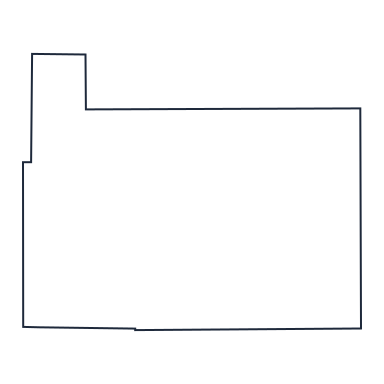 Rio Grande, Colorado, United States of America
{"feature_id": "52423323B79195844352338", "entity_name": "Rio Grande", "entity_type": "district", "adm_level": 2, "iso_a3": "USA", "parent_name": "United States of America", "parent_adm1": "Colorado", "projection": "albers", "projection_center": [-106.533, 37.617], "detail": "fine", "context": "isolated", "style": "outline", "palette": "slate", "viewbox_px": 384, "rotation_deg": 0, "n_neighbors": 0, "source": "geoboundaries", "source_scale": "gbopen_adm2", "svg_char_len": 261}
<svg xmlns="http://www.w3.org/2000/svg" viewBox="0 0 384 384"><path d="M39.5,327.3L135.2,328.6L135.2,330.1L361.0,328.5L360.3,108.4L85.9,109.4L85.5,54.5L32.1,53.9L31.1,162.2L23.0,162.2L23.2,326.9L39.5,327.3Z" fill="none" stroke="#1e293b" stroke-width="2"/></svg>